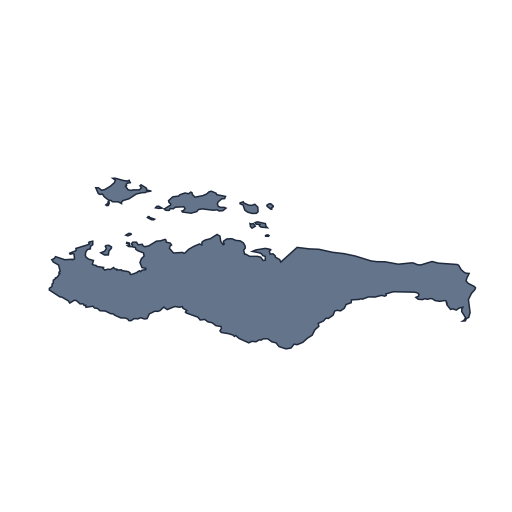 Mueang Ranong, Ranong, Thailand (Equal Earth projection), rotated 79°
{"feature_id": "78962969B42401089458559", "entity_name": "Mueang Ranong", "entity_type": "district", "adm_level": 2, "iso_a3": "THA", "parent_name": "Thailand", "parent_adm1": "Ranong", "projection": "equal_earth", "projection_center": [98.553, 9.9], "detail": "fine", "context": "isolated", "style": "filled", "palette": "slate", "viewbox_px": 512, "rotation_deg": 79, "n_neighbors": 0, "source": "geoboundaries", "source_scale": "gbopen_adm2", "svg_char_len": 6129}
<svg xmlns="http://www.w3.org/2000/svg" viewBox="0 0 512 512"><g transform="rotate(79 256 256)"><path d="M295.1,393.2L295.7,391.0L294.2,387.7L295.2,383.7L294.5,381.1L296.5,377.6L296.7,374.9L292.5,371.8L290.9,365.9L291.6,363.0L291.3,360.7L288.6,356.3L291.7,353.4L290.1,345.5L291.7,340.8L291.6,337.9L293.3,337.7L296.3,334.3L297.6,336.0L298.7,335.2L304.9,324.8L308.2,323.0L308.5,318.4L311.4,315.9L313.2,311.7L316.7,308.7L318.6,303.7L320.7,303.9L322.6,305.7L324.4,304.7L327.1,297.6L329.2,293.7L330.8,292.6L330.2,291.0L333.7,288.4L339.9,279.6L339.0,276.3L340.2,272.4L338.9,268.7L339.6,267.1L338.7,264.8L339.5,260.3L343.3,256.8L345.0,253.0L349.3,250.7L352.9,244.3L353.0,239.1L349.8,235.5L350.9,232.5L349.7,226.5L346.4,221.0L344.5,216.0L339.7,212.3L337.0,207.7L334.0,207.8L332.7,202.2L330.4,199.2L331.1,196.9L328.8,191.6L325.0,189.2L324.8,186.7L326.0,183.4L324.1,179.2L320.8,176.8L320.0,171.5L317.3,170.6L318.3,163.2L318.0,161.1L318.7,159.7L317.6,153.4L319.0,147.1L318.6,140.3L320.0,137.2L319.5,135.7L318.0,135.7L317.3,128.0L321.8,107.1L323.1,104.5L324.6,103.4L326.5,104.2L327.1,107.0L329.4,105.0L330.6,100.8L330.1,98.5L331.3,95.9L331.0,93.1L331.7,91.0L333.9,88.8L335.6,84.2L335.7,79.5L336.3,78.0L338.6,78.0L338.8,77.4L340.2,78.0L345.6,75.2L345.4,73.0L347.3,69.7L345.8,66.3L345.8,62.8L347.1,64.0L349.8,64.7L356.3,62.1L358.4,63.5L359.3,65.5L359.6,62.9L357.5,61.3L356.9,58.9L352.3,56.6L339.3,55.8L333.9,51.7L330.8,47.6L329.1,46.6L327.6,47.5L323.3,53.0L320.6,54.5L318.1,53.4L313.8,50.1L312.8,53.5L311.8,54.7L308.6,57.2L303.7,58.9L302.7,60.2L297.8,78.4L295.0,84.2L296.2,95.9L295.5,98.9L293.0,102.6L292.4,104.6L291.2,117.9L286.2,130.7L284.7,138.2L282.8,144.0L275.0,158.5L270.5,169.1L267.0,180.1L261.4,193.0L259.2,202.3L255.4,214.0L266.7,232.8L264.0,233.5L260.9,237.1L259.3,237.2L257.1,238.9L256.8,241.8L253.6,241.9L252.8,240.3L252.1,240.9L250.3,245.4L250.0,254.9L250.8,258.7L253.5,252.2L254.9,250.1L256.9,249.3L258.1,247.0L261.9,247.6L261.8,249.8L258.1,251.6L256.6,254.6L255.1,262.3L252.2,265.8L252.1,266.8L247.8,267.0L246.2,265.0L243.9,264.8L240.7,265.9L238.1,268.6L236.9,272.7L234.4,276.4L233.7,281.4L235.3,285.2L238.4,285.1L238.7,286.0L235.1,287.8L229.7,287.6L227.4,290.1L230.3,297.5L230.6,302.7L231.4,305.2L232.2,306.4L234.8,307.1L233.4,309.2L234.7,315.3L236.6,320.8L239.5,325.2L239.6,326.4L238.5,327.3L237.3,336.4L232.0,339.5L229.9,338.5L229.1,336.8L227.0,337.7L225.3,341.4L223.0,341.4L222.3,342.1L222.9,347.0L222.4,350.8L225.6,359.4L225.6,363.5L224.5,364.9L222.8,365.4L222.5,369.6L219.6,370.7L218.9,374.2L220.3,376.1L221.7,375.1L223.1,376.3L224.7,372.7L226.5,372.7L228.3,371.0L231.5,365.8L234.8,365.9L236.7,369.0L240.3,371.2L245.7,370.1L247.1,366.5L248.4,367.0L248.2,370.6L249.3,372.4L248.3,373.1L248.9,375.4L249.5,375.8L250.4,381.8L249.9,383.0L248.4,382.9L246.9,384.5L244.7,390.4L243.9,390.7L243.2,395.3L242.5,395.0L241.5,397.3L240.1,397.9L241.5,401.6L240.7,403.6L240.9,407.2L238.6,408.7L238.1,408.0L235.8,414.3L234.6,415.0L234.4,416.3L232.8,418.2L229.4,416.4L227.0,421.1L224.5,423.1L222.7,423.4L219.7,422.4L217.5,420.2L217.4,417.2L214.9,416.6L213.8,414.1L210.3,413.4L210.4,417.0L211.1,417.7L212.1,417.1L212.8,418.4L214.2,431.4L215.9,431.3L216.5,432.1L217.7,438.4L218.8,438.1L218.7,435.2L219.4,434.3L224.2,434.7L224.7,437.1L224.1,437.2L223.2,444.3L218.4,452.9L219.9,454.4L220.7,457.2L223.3,456.1L227.2,451.5L233.8,451.2L234.3,452.5L235.5,452.7L235.9,452.0L239.1,455.5L239.2,457.0L239.9,457.1L241.1,459.6L243.9,460.2L244.6,461.5L247.0,462.1L248.3,465.0L249.9,465.4L258.8,456.2L259.3,454.4L264.2,448.8L266.7,447.8L264.8,442.8L265.5,440.8L269.5,437.8L269.9,434.9L271.8,434.1L271.9,432.5L273.9,432.7L274.2,425.7L276.2,424.5L277.3,421.5L279.9,419.7L281.3,414.4L284.9,409.6L285.6,407.0L287.0,406.2L291.0,400.5L292.0,395.9L293.6,393.8L295.1,393.2ZM195.7,282.9L193.4,278.8L193.7,275.9L191.7,274.5L188.3,282.9L186.8,283.2L183.9,287.4L184.0,289.8L185.7,292.6L186.6,296.7L186.6,304.6L183.6,306.7L181.6,306.8L180.8,307.8L182.0,310.3L180.6,313.7L181.3,319.0L182.4,320.6L182.0,326.3L185.0,331.3L186.7,331.2L188.7,329.7L189.6,330.0L192.4,337.1L193.9,335.9L194.6,333.2L194.5,332.2L193.0,331.3L193.9,328.2L192.7,325.9L193.9,317.5L195.8,316.6L197.4,318.3L197.7,320.2L198.8,319.8L201.6,311.6L201.1,305.7L199.4,303.6L199.5,299.8L202.9,289.3L203.3,285.2L204.8,283.6L205.2,279.9L203.3,276.3L202.2,277.9L201.5,281.5L200.1,283.6L197.5,284.0L195.7,282.9ZM172.1,351.2L172.3,346.3L170.2,351.0L168.6,350.5L164.2,355.2L164.9,356.5L167.3,355.5L168.8,357.9L167.6,364.4L167.9,365.8L166.6,368.9L162.6,370.8L162.2,369.6L160.8,369.7L159.9,368.3L160.1,364.8L159.5,365.8L157.5,366.0L157.8,368.2L156.8,371.3L152.7,379.5L152.4,381.8L154.7,379.6L156.9,380.9L159.7,385.6L161.9,391.7L162.0,394.9L159.0,397.6L158.4,400.3L164.6,398.9L165.8,397.5L165.9,394.9L168.8,393.7L173.3,389.8L173.8,387.7L175.3,386.7L176.6,380.8L178.9,378.0L177.4,377.7L176.2,375.8L175.6,369.7L172.3,361.6L172.1,355.8L172.6,352.6L172.1,351.2ZM212.9,245.5L208.4,244.9L205.0,247.3L205.5,250.5L204.6,253.6L201.7,257.7L200.3,258.2L200.9,261.6L201.7,261.7L203.4,259.0L208.9,258.2L211.4,255.8L213.5,251.7L214.2,247.5L212.9,245.5ZM220.7,396.4L219.5,396.1L217.4,398.4L217.1,401.2L217.7,402.1L220.2,401.4L222.4,403.7L223.2,407.8L226.1,404.5L226.8,400.7L223.2,399.5L220.7,396.4ZM228.7,245.4L230.4,239.4L228.8,240.5L226.0,240.6L222.7,248.1L223.0,250.5L224.8,249.8L225.9,246.2L227.1,246.9L228.7,245.4ZM211.6,231.4L210.9,229.6L210.2,229.5L207.6,231.5L207.2,232.9L208.2,235.6L209.4,235.6L213.1,232.3L212.9,231.4L211.6,231.4ZM227.9,254.6L226.6,251.0L223.6,252.4L223.7,254.5L223.0,255.7L226.0,255.8L227.9,254.6ZM189.5,345.5L190.7,342.5L191.1,339.1L188.6,341.9L188.3,343.9L189.5,345.5ZM200.5,348.5L197.9,353.0L197.0,353.3L196.7,354.2L197.5,355.3L200.4,351.8L201.0,349.6L200.5,348.5ZM211.0,374.4L210.1,374.5L209.5,376.7L210.7,379.8L211.8,377.9L211.0,374.4ZM176.2,390.0L174.6,390.0L174.6,390.9L175.8,391.1L177.2,393.7L178.1,392.8L178.2,391.3L176.2,390.0ZM238.4,242.8L239.1,240.0L238.5,239.3L237.7,239.9L237.4,241.4L237.7,242.7L238.4,242.8ZM220.4,378.1L219.0,378.0L218.0,380.3L219.0,380.7L220.4,378.1ZM222.8,377.7L221.8,377.8L221.5,380.0L222.4,379.1L222.8,377.7Z" fill="#64748b" stroke="#1e293b" stroke-width="1.5"/></g></svg>